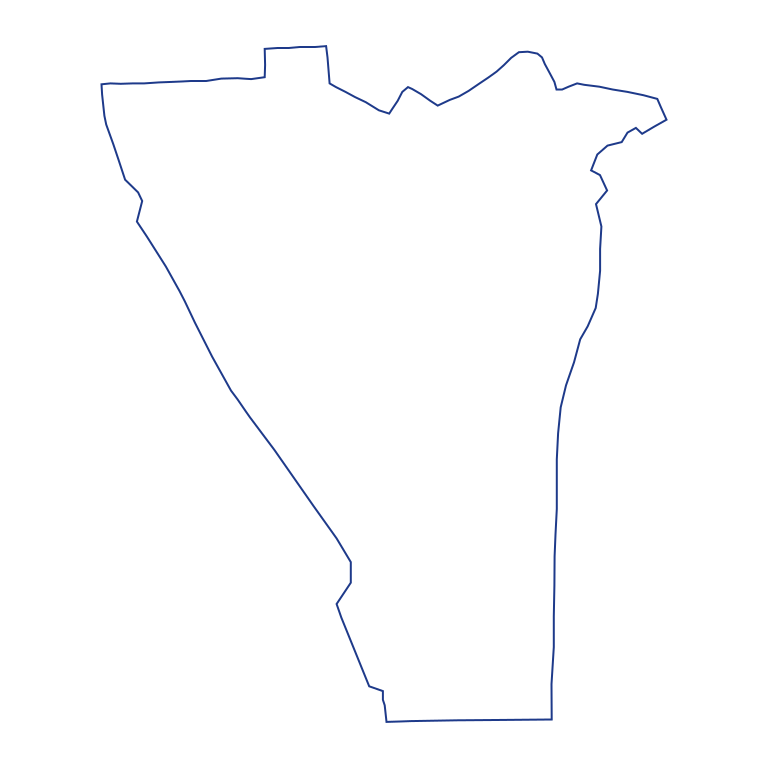 the district of Al-Maimouna, Maysan, Iraq
{"feature_id": "34846034B98238894977989", "entity_name": "Al-Maimouna", "entity_type": "district", "adm_level": 2, "iso_a3": "IRQ", "parent_name": "Iraq", "parent_adm1": "Maysan", "projection": "equal_earth", "projection_center": [46.821, 31.466], "detail": "fine", "context": "isolated", "style": "outline", "palette": "blue", "viewbox_px": 768, "rotation_deg": 0, "n_neighbors": 0, "source": "geoboundaries", "source_scale": "gbopen_adm2", "svg_char_len": 1700}
<svg xmlns="http://www.w3.org/2000/svg" viewBox="0 0 768 768"><path d="M101.5,84.3L102.1,94.5L104.4,115.8L106.2,124.5L113.3,144.2L118.6,160.0L125.1,179.7L138.1,192.4L142.2,201.0L136.9,221.6L146.9,236.6L165.9,266.6L177.7,287.8L179.5,291.0L184.8,301.3L194.9,322.6L212.1,356.6L231.0,390.6L237.5,399.3L246.0,411.7L250.0,417.4L274.3,449.8L313.5,506.0L336.6,538.4L350.8,562.1L350.8,582.7L336.6,604.0L341.3,617.5L369.2,686.3L382.9,691.1L382.9,699.8L384.7,705.3L386.5,721.9L399.7,721.5L410.8,721.1L457.2,720.3L495.7,720.0L551.7,719.5L551.5,684.2L553.8,647.1L553.8,616.4L554.4,585.6L554.6,556.3L555.5,534.4L556.8,509.0L556.8,485.9L556.8,459.3L558.1,433.3L560.7,407.3L566.0,385.4L572.0,368.1L574.0,362.4L580.2,339.3L587.7,326.3L595.7,308.0L597.9,293.8L600.1,270.8L600.1,248.9L601.4,226.5L596.0,204.1L607.1,190.5L600.0,175.1L591.1,170.4L597.3,154.5L607.5,145.6L621.7,142.1L627.5,132.6L635.9,127.9L642.1,133.8L654.1,126.7L666.5,119.7L660.8,107.0L657.3,98.9L643.4,95.2L627.5,91.9L612.6,89.5L599.4,86.7L584.2,84.8L577.1,83.4L568.6,86.7L562.2,89.5L556.5,89.5L554.4,81.9L549.4,72.5L544.8,64.0L542.0,57.4L537.4,53.6L527.8,51.7L518.9,52.2L511.1,57.9L504.0,65.0L496.6,71.6L488.1,77.7L479.6,83.4L468.6,90.9L458.7,96.6L449.8,99.9L437.7,105.6L430.3,100.8L421.1,94.2L412.2,89.0L408.0,87.1L402.3,91.9L397.7,100.8L392.0,109.3L389.2,113.6L378.9,110.3L365.8,102.2L355.1,97.1L345.5,91.9L336.0,87.1L329.6,83.4L328.5,69.7L327.5,57.4L326.1,46.1L315.1,47.0L299.8,47.0L288.8,48.0L277.5,48.0L264.7,48.9L265.1,65.0L264.7,77.2L251.2,79.1L246.3,78.8L237.7,78.2L221.4,78.6L206.2,81.0L190.9,81.0L181.4,81.5L172.1,81.9L159.0,82.4L144.1,83.4L132.8,83.4L120.7,83.8L110.4,83.4L101.5,84.3Z" fill="none" stroke="#1e3a8a" stroke-width="2"/></svg>